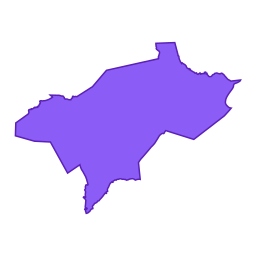 Lamani, Comayagua, Honduras
{"feature_id": "27666195B80950880065989", "entity_name": "Lamani", "entity_type": "district", "adm_level": 2, "iso_a3": "HND", "parent_name": "Honduras", "parent_adm1": "Comayagua", "projection": "natural_earth1", "projection_center": [-87.646, 14.146], "detail": "fine", "context": "isolated", "style": "filled", "palette": "violet", "viewbox_px": 256, "rotation_deg": 0, "n_neighbors": 0, "source": "geoboundaries", "source_scale": "gbopen_adm2", "svg_char_len": 5415}
<svg xmlns="http://www.w3.org/2000/svg" viewBox="0 0 256 256"><path d="M50.2,95.1L50.4,95.3L52.1,96.5L52.4,96.9L52.5,97.1L51.3,98.0L50.6,98.4L49.3,99.2L47.3,100.0L45.7,100.5L44.7,100.7L43.1,100.8L42.3,101.0L41.3,100.7L40.3,100.8L39.9,101.1L39.8,101.4L39.8,101.9L40.3,102.4L40.4,102.6L40.2,103.2L40.1,103.5L39.8,103.7L39.6,103.9L39.6,104.1L39.6,104.4L39.6,104.5L39.0,105.0L38.7,106.1L38.0,106.3L37.8,107.1L37.7,107.3L37.4,107.3L37.1,106.8L36.4,107.4L35.9,107.6L35.4,107.6L35.2,107.2L34.7,107.3L34.6,107.6L34.4,107.6L34.1,107.6L34.0,107.8L34.0,108.0L33.5,108.2L33.1,108.6L32.6,108.9L32.2,109.0L31.8,108.7L31.6,108.7L31.5,108.8L31.4,109.3L31.2,109.5L30.9,109.6L30.3,109.2L29.9,109.5L28.9,109.8L28.7,110.1L28.6,110.3L28.6,110.6L28.6,111.0L28.9,111.8L28.9,112.6L28.7,113.1L28.3,113.8L28.1,114.1L15.8,122.9L15.4,135.8L34.5,141.2L50.4,142.0L67.6,173.1L79.9,164.7L80.2,166.0L80.8,167.8L81.5,169.5L82.3,170.7L82.9,171.6L85.1,175.7L85.7,176.8L86.7,179.6L87.1,181.3L87.3,181.8L87.7,183.5L88.0,184.7L87.9,184.9L87.6,185.1L86.4,184.8L86.1,184.9L85.8,185.1L85.7,185.5L85.3,186.9L85.5,188.3L85.5,188.6L85.3,188.9L84.7,189.9L84.9,190.3L85.4,191.2L85.6,191.9L85.6,192.2L85.4,192.9L85.3,194.1L85.3,195.5L85.4,196.1L85.6,196.8L85.6,197.3L85.4,197.4L84.3,196.9L83.9,196.8L83.7,196.9L83.6,197.0L83.4,197.3L83.4,197.5L83.6,197.7L84.3,198.2L85.3,199.3L85.6,199.8L85.8,200.2L85.8,200.7L85.7,201.8L85.5,204.5L85.2,206.9L85.2,207.1L85.3,207.4L85.4,207.6L86.4,207.9L86.6,208.0L87.0,208.4L87.1,208.7L86.9,208.9L86.5,209.1L85.8,208.9L84.9,208.9L84.8,209.0L84.7,209.3L84.9,209.6L85.6,210.1L85.6,210.4L85.5,210.7L85.5,211.0L86.1,212.8L86.2,213.4L86.3,213.4L87.9,212.9L88.9,212.0L89.6,211.6L89.9,211.2L90.6,210.0L91.1,209.4L91.5,209.0L92.0,208.8L92.6,208.8L92.8,208.7L92.9,208.4L92.5,206.7L92.6,206.0L92.9,205.5L93.4,205.1L93.7,204.9L94.2,204.0L94.5,203.4L94.9,203.2L95.4,203.2L95.8,203.0L97.0,202.2L97.4,201.5L97.7,201.1L98.1,201.0L98.7,200.9L99.0,200.7L99.3,200.3L99.9,199.5L101.0,198.4L102.9,196.2L103.2,195.7L104.2,194.4L104.6,193.7L104.9,193.3L105.1,193.2L105.3,193.1L105.6,193.4L106.0,193.5L106.4,193.3L106.5,193.2L106.4,193.0L106.3,192.7L106.1,192.4L106.1,192.2L106.4,191.8L107.1,191.6L107.6,191.4L107.4,189.6L107.5,189.0L107.8,188.2L108.7,186.8L109.0,185.8L109.9,183.9L110.3,183.3L111.7,182.0L111.8,182.1L112.4,182.3L112.9,182.3L113.0,182.2L113.0,181.2L114.4,180.4L114.9,180.1L115.1,179.9L116.1,180.2L116.4,179.7L116.5,179.6L117.1,179.5L117.9,179.2L118.7,179.3L119.2,179.0L119.7,178.8L119.9,178.7L120.7,178.8L121.0,178.9L122.3,179.3L122.9,179.2L123.3,179.2L124.0,179.3L124.8,179.5L125.3,179.4L126.3,180.1L126.6,180.1L127.0,180.1L127.5,179.9L128.4,179.7L128.8,179.5L129.0,179.3L129.2,179.2L132.0,178.7L133.0,178.8L133.8,179.0L134.1,179.2L135.3,180.1L137.0,179.5L138.1,179.3L139.3,179.2L140.2,179.4L139.1,168.8L138.5,162.6L139.7,160.6L140.9,159.0L142.7,157.0L147.1,151.9L148.7,150.0L151.3,146.9L151.8,146.4L152.4,145.9L154.7,143.3L155.9,141.4L157.8,138.4L158.6,137.0L159.6,135.4L160.5,134.7L161.0,134.2L162.0,133.5L162.6,133.4L163.4,133.6L163.9,133.4L164.3,132.9L164.8,131.8L165.8,130.6L193.8,139.4L224.4,115.8L229.3,110.4L231.2,108.1L230.6,108.0L229.0,107.5L228.2,106.9L227.1,105.8L226.2,104.8L225.6,103.6L225.4,102.8L225.4,101.8L225.6,100.5L225.9,99.0L226.6,97.4L227.3,96.0L228.9,93.5L232.6,88.4L233.4,86.7L233.6,85.1L234.0,84.1L235.0,83.5L237.2,82.7L239.4,81.5L240.3,80.7L240.6,80.0L230.9,81.1L230.4,80.8L229.7,80.3L228.1,79.5L227.3,78.8L226.0,77.2L224.9,76.1L224.5,75.4L223.6,74.5L223.4,74.3L222.8,73.9L222.2,73.4L221.8,73.2L221.4,73.2L221.0,73.3L220.3,73.8L219.9,73.9L218.9,73.6L218.1,73.5L216.9,73.0L216.5,73.0L215.9,73.2L214.9,73.3L214.7,73.5L214.4,73.9L214.1,74.2L213.0,74.6L212.6,74.9L212.1,75.4L211.8,76.0L211.5,76.3L211.3,76.4L210.8,76.6L210.1,76.6L209.2,76.6L208.9,76.4L208.7,76.3L207.8,75.1L207.4,74.7L207.1,73.9L207.0,73.4L206.9,73.2L206.7,73.2L206.2,73.7L205.8,72.2L205.6,72.1L204.9,72.2L204.4,72.4L204.4,72.6L204.4,73.0L204.4,73.3L204.3,73.6L204.2,73.7L203.1,73.6L202.9,73.5L202.5,73.7L201.7,73.7L201.4,73.8L201.1,74.1L200.8,74.2L200.7,74.1L200.6,73.9L200.2,73.1L200.0,72.9L199.3,73.6L198.8,73.7L198.5,73.9L198.2,74.3L197.8,74.3L197.4,74.2L197.1,74.0L196.8,73.2L196.5,72.9L196.1,72.9L195.6,73.2L195.0,73.2L194.3,72.3L193.9,72.2L193.6,72.1L193.1,71.8L192.3,71.2L191.5,70.9L190.9,70.5L190.8,70.3L190.4,69.5L190.1,69.1L189.9,69.1L189.8,69.4L189.8,69.5L189.6,69.7L189.4,69.7L189.2,68.9L189.1,68.6L188.4,68.7L188.2,68.7L187.5,68.2L187.1,68.0L186.9,67.8L186.7,67.5L186.1,65.9L185.5,65.3L185.0,64.7L182.9,63.5L182.4,63.0L182.1,62.8L181.6,63.5L181.4,63.2L180.5,61.9L179.3,59.1L179.0,58.0L178.9,56.6L178.8,56.3L178.6,55.9L178.1,55.8L177.9,55.5L177.9,55.2L178.0,54.9L174.8,42.6L155.9,43.3L155.9,44.5L156.0,44.9L156.1,45.5L156.0,45.9L156.1,46.4L156.4,46.9L156.5,47.6L156.2,48.3L156.3,48.7L156.6,49.3L157.0,49.6L157.7,50.2L158.3,50.7L158.8,51.0L159.3,51.5L159.5,52.1L159.6,52.7L159.5,53.2L159.0,54.9L158.9,55.3L158.3,57.1L158.4,57.6L158.6,57.9L158.6,58.1L158.5,58.7L106.5,70.3L92.5,86.7L77.6,96.2L77.1,96.6L76.9,96.7L76.5,96.6L75.8,96.4L74.5,96.7L74.1,96.6L73.0,96.2L72.7,96.3L72.5,96.6L72.6,97.6L72.6,97.8L72.4,98.0L71.8,98.2L71.6,98.4L71.2,99.0L71.0,99.7L70.9,99.8L68.9,99.7L68.2,99.5L67.6,99.2L66.8,99.0L66.3,99.0L65.7,99.1L65.4,99.2L65.2,99.2L64.9,98.7L64.4,98.4L64.3,97.6L64.2,97.4L63.8,97.0L63.5,96.7L63.2,96.3L62.9,96.0L61.8,96.1L60.4,95.6L59.1,95.3L57.9,95.3L50.2,95.1Z" fill="#8b5cf6" stroke="#5b21b6" stroke-width="1.5"/></svg>